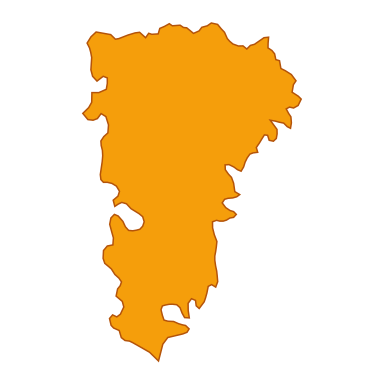 the district of Estrela Velha, Rio Grande do Sul, Brazil
{"feature_id": "56859067B2904675131057", "entity_name": "Estrela Velha", "entity_type": "district", "adm_level": 2, "iso_a3": "BRA", "parent_name": "Brazil", "parent_adm1": "Rio Grande do Sul", "projection": "equal_earth", "projection_center": [-53.174, -29.247], "detail": "fine", "context": "isolated", "style": "filled", "palette": "amber", "viewbox_px": 384, "rotation_deg": 0, "n_neighbors": 0, "source": "geoboundaries", "source_scale": "gbopen_adm2", "svg_char_len": 2954}
<svg xmlns="http://www.w3.org/2000/svg" viewBox="0 0 384 384"><path d="M301.2,99.1L298.3,96.2L292.1,92.2L293.4,84.7L296.0,80.8L291.4,74.6L285.3,70.7L280.9,68.5L279.5,60.7L275.8,59.6L274.6,53.8L271.9,50.5L268.0,47.9L268.1,43.1L268.6,37.2L264.0,37.7L254.5,44.3L250.4,45.4L246.8,49.0L243.0,45.9L238.4,46.0L232.9,44.0L229.7,41.3L227.3,38.6L224.5,32.3L221.1,28.7L217.6,24.4L211.3,23.0L207.3,25.8L201.8,27.3L199.1,30.9L193.5,33.4L186.7,27.8L183.5,27.5L180.1,25.2L172.3,25.8L169.3,23.7L164.5,26.4L159.8,28.4L158.2,33.9L151.8,34.3L148.7,33.3L145.6,37.7L139.6,32.3L135.1,32.9L128.1,35.0L118.8,38.6L115.4,39.2L110.7,34.6L96.1,32.0L91.0,36.8L87.1,43.1L89.5,47.9L90.7,52.2L91.7,57.6L90.9,69.8L92.6,76.3L97.0,81.1L103.2,76.3L107.3,77.9L107.3,83.4L106.3,89.3L98.8,92.6L91.9,92.6L91.7,102.3L88.7,107.6L82.8,113.4L87.9,119.6L93.1,120.2L97.4,118.6L101.1,113.6L105.9,116.6L108.5,124.9L107.9,132.9L103.8,136.6L100.9,141.0L101.2,145.5L102.4,150.3L102.7,155.7L102.2,161.7L100.3,174.6L100.9,179.6L103.4,182.3L107.3,182.3L111.9,183.4L116.4,186.1L119.5,191.3L118.0,196.1L113.2,200.2L114.8,206.4L118.4,204.0L121.8,202.4L126.5,203.8L131.0,208.7L134.1,210.6L139.1,213.7L142.7,216.7L144.2,221.8L142.7,226.2L139.8,229.3L136.3,230.2L132.7,230.8L128.6,230.4L125.4,226.8L122.9,221.4L118.2,216.0L114.4,214.4L110.9,218.0L109.7,224.3L111.7,231.8L113.4,237.9L112.9,244.9L107.3,246.0L103.5,250.5L103.1,258.4L104.8,263.4L108.7,266.6L111.4,269.0L114.9,274.5L118.9,278.1L121.5,281.9L120.2,285.7L117.6,288.9L116.1,296.1L122.3,301.4L123.8,307.0L120.4,314.2L116.8,316.9L112.6,314.9L109.5,318.5L111.1,325.3L113.6,328.0L119.2,330.5L121.3,337.6L125.0,340.5L129.5,341.1L132.8,342.7L149.5,352.2L158.5,361.0L162.8,344.2L167.8,337.5L182.9,333.9L187.0,332.3L189.1,328.9L185.6,325.5L182.3,324.8L178.6,323.7L173.6,321.5L167.9,321.2L164.0,320.1L162.4,315.4L161.0,309.7L162.4,305.9L165.5,305.0L169.1,304.3L172.3,304.2L176.7,304.7L180.0,307.6L182.1,313.1L184.6,317.6L189.3,317.9L188.2,310.5L188.1,303.3L191.5,298.7L195.5,300.4L196.2,305.8L199.2,308.5L204.2,301.8L205.5,298.0L206.9,293.0L208.2,286.4L211.6,284.6L215.7,287.1L217.7,281.7L217.2,275.8L216.7,271.1L215.6,265.9L214.8,260.2L214.8,256.0L215.6,251.9L216.3,247.1L216.9,241.5L214.3,234.7L212.6,227.9L212.5,221.8L216.5,220.3L219.7,221.1L223.3,221.1L226.5,220.1L229.9,218.0L233.6,217.4L236.3,214.4L233.6,211.6L230.0,210.5L225.7,207.6L222.2,202.9L224.6,199.3L228.0,198.3L232.8,197.9L236.7,196.8L239.7,194.6L234.8,191.6L233.6,183.2L231.5,177.4L228.5,174.2L225.3,169.7L225.1,164.9L229.0,164.6L233.7,166.9L237.5,169.7L241.1,171.2L243.6,167.0L245.1,162.2L247.2,157.9L249.9,154.1L253.1,152.9L257.7,152.3L256.3,147.5L259.4,143.0L262.0,138.7L264.4,134.9L267.6,135.3L269.2,140.3L273.4,141.2L276.3,138.5L277.1,133.9L277.0,129.4L274.2,125.6L270.2,120.2L275.3,121.1L279.2,122.2L283.7,123.1L287.3,126.7L290.5,128.3L291.4,122.9L290.9,116.8L288.6,113.4L286.2,108.9L289.5,107.1L293.6,108.0L298.1,105.5L301.2,99.1Z" fill="#f59e0b" stroke="#b45309" stroke-width="1.5"/></svg>